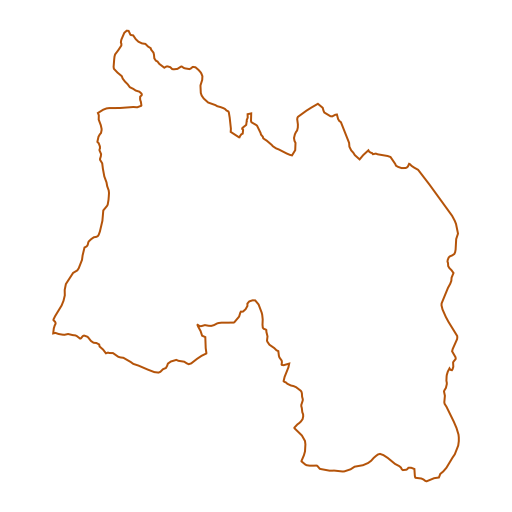 outline of Lang Chanh, Thanh Hóa, Vietnam
{"feature_id": "81297802B3900213451305", "entity_name": "Lang Chanh", "entity_type": "district", "adm_level": 2, "iso_a3": "VNM", "parent_name": "Vietnam", "parent_adm1": "Thanh Hóa", "projection": "natural_earth1", "projection_center": [105.128, 20.149], "detail": "fine", "context": "isolated", "style": "outline", "palette": "amber", "viewbox_px": 512, "rotation_deg": 0, "n_neighbors": 0, "source": "geoboundaries", "source_scale": "gbopen_adm2", "svg_char_len": 5988}
<svg xmlns="http://www.w3.org/2000/svg" viewBox="0 0 512 512"><path d="M195.5,67.3L193.1,66.9L192.6,67.0L190.8,68.5L189.5,69.1L185.2,68.4L183.9,68.0L181.7,66.5L181.0,66.6L177.4,68.9L173.8,69.3L172.2,69.1L170.3,67.2L167.6,66.4L166.4,66.5L164.3,67.7L159.3,63.9L157.5,61.5L155.9,60.7L155.0,59.4L154.3,58.3L154.0,54.9L153.5,52.7L151.1,49.6L150.7,48.2L148.1,46.6L145.4,43.9L142.0,43.4L138.4,41.7L135.7,39.1L133.2,35.4L130.9,35.0L130.4,34.7L128.6,30.9L126.7,30.7L124.3,32.8L121.5,39.3L121.1,40.7L120.9,42.6L121.4,43.9L121.3,45.6L118.2,50.3L115.1,54.4L114.5,56.6L114.2,59.2L113.6,66.8L113.8,68.3L114.0,68.9L117.5,72.6L121.8,76.2L122.7,78.6L124.9,81.5L127.7,84.3L129.8,87.2L133.3,88.9L135.6,90.5L139.4,91.7L141.2,93.3L141.7,94.0L141.8,94.7L141.6,95.3L140.2,96.6L140.1,98.2L140.2,99.9L140.9,101.9L141.4,105.4L141.2,105.8L137.2,107.3L133.3,107.0L120.0,108.0L109.0,108.1L106.6,108.4L103.2,109.7L97.9,113.0L98.8,115.2L98.7,119.6L100.8,125.2L101.6,128.9L101.6,130.1L101.0,133.0L99.8,134.4L98.5,136.7L97.4,141.7L97.5,142.1L98.7,143.2L99.9,146.4L100.0,148.3L99.5,149.5L99.5,150.4L101.1,154.1L100.8,156.4L100.0,159.0L100.1,159.9L102.2,163.3L102.9,168.8L104.3,176.4L106.5,182.4L107.2,186.2L108.7,190.4L109.0,193.0L108.8,196.3L108.5,199.9L107.7,204.6L107.1,205.8L103.3,210.4L102.4,220.8L99.9,231.5L98.7,234.8L97.8,236.1L96.5,236.8L93.8,237.3L91.1,239.2L88.8,241.4L88.3,242.3L87.9,244.2L87.4,245.5L86.5,246.5L84.5,247.5L82.6,255.4L82.0,259.9L78.7,268.3L77.3,270.4L73.1,272.9L65.9,284.0L64.7,289.9L64.8,295.4L63.5,300.8L61.6,305.5L55.2,316.0L53.5,319.4L53.5,320.2L55.1,321.8L55.6,323.1L55.5,323.9L54.7,325.5L53.8,328.4L53.2,333.4L55.4,332.9L58.6,334.0L62.8,334.7L64.5,334.8L68.1,334.0L72.7,335.1L75.3,335.4L76.7,336.0L80.1,338.6L81.0,338.3L82.7,336.2L83.6,335.7L84.2,335.6L86.5,336.4L87.5,336.8L88.3,337.6L90.9,340.9L93.0,342.4L93.9,342.8L96.4,343.0L99.2,344.5L99.6,346.5L103.1,349.6L105.9,353.3L108.0,352.6L109.2,353.0L113.0,353.1L118.3,356.8L120.3,357.4L123.4,357.8L130.7,362.0L133.3,363.9L138.5,365.6L147.8,369.6L154.3,372.1L158.5,372.6L160.4,371.8L163.0,369.2L165.9,368.0L167.1,365.9L167.9,363.6L170.9,361.5L176.3,359.9L178.4,360.8L184.2,361.7L186.7,363.3L188.7,364.2L191.2,363.4L197.1,358.8L201.6,355.8L206.3,353.5L206.4,353.1L205.7,348.1L205.3,337.1L202.1,335.7L200.6,331.1L198.2,326.7L197.5,325.0L197.7,324.8L199.7,326.2L201.4,326.1L204.9,325.1L208.8,325.8L211.3,325.9L214.0,325.1L217.2,323.4L218.7,323.0L221.3,322.7L233.5,322.6L234.3,322.3L239.1,316.6L240.3,312.7L240.9,311.6L242.2,311.7L243.1,311.5L245.6,309.2L247.4,306.0L247.4,303.6L248.8,301.9L249.3,301.4L252.6,300.3L255.2,300.4L258.6,304.5L261.7,312.7L262.2,314.8L262.7,319.4L262.5,324.8L262.8,327.7L263.7,328.8L265.7,329.5L266.3,330.0L266.4,331.9L267.5,336.4L267.0,340.6L267.3,341.6L269.4,344.7L274.3,348.1L276.5,350.3L278.3,351.1L278.9,355.8L279.4,357.4L281.6,360.5L281.8,361.2L281.9,362.2L281.6,364.6L281.8,364.9L283.6,365.2L289.2,363.6L288.4,367.4L284.6,376.9L283.6,381.1L284.4,381.9L285.7,382.3L287.4,383.8L290.9,385.5L293.6,386.1L296.1,387.2L300.8,390.8L301.5,391.9L301.9,393.4L302.1,396.7L302.8,399.3L302.7,400.6L301.3,404.9L301.3,406.2L301.8,408.0L302.3,412.2L303.1,414.3L303.2,416.3L302.6,419.1L300.9,421.5L299.2,423.1L297.4,424.4L294.4,427.6L294.5,428.3L301.9,435.5L305.0,441.0L305.4,444.4L305.0,451.4L303.9,455.3L301.5,460.9L301.5,461.4L305.4,464.6L306.6,465.2L309.8,465.7L316.8,465.6L317.6,466.2L319.8,468.8L321.1,469.1L329.7,470.7L334.4,470.6L342.6,471.5L344.3,471.4L350.6,469.3L354.6,466.7L363.0,465.2L368.1,463.0L371.1,460.8L373.7,457.9L375.9,456.0L377.9,454.5L380.0,453.9L383.4,455.1L387.7,457.9L395.0,463.9L399.2,466.1L400.9,467.5L401.8,469.3L402.9,470.1L406.4,469.7L407.2,469.2L408.4,467.8L409.3,467.7L411.3,467.8L414.4,469.0L414.8,475.3L415.0,476.7L415.3,477.6L415.6,477.8L421.3,478.5L423.5,479.5L425.3,480.9L426.6,481.3L434.1,478.2L438.9,477.5L440.3,473.9L443.2,471.5L446.4,467.8L452.6,457.5L454.8,454.3L458.2,445.6L458.8,441.2L458.8,437.5L458.5,434.6L456.5,428.0L453.8,421.7L446.5,406.8L444.6,403.8L444.3,402.2L444.9,395.8L444.0,391.5L444.3,390.5L445.9,387.9L446.8,384.1L446.8,382.8L446.4,380.7L446.6,376.4L446.8,374.9L447.8,371.6L449.5,368.4L450.2,369.6L451.0,370.0L451.9,370.2L452.5,369.3L453.3,366.8L453.1,362.5L453.5,361.6L455.6,359.1L455.7,358.6L455.5,357.2L452.1,351.3L452.7,349.0L457.1,339.1L457.3,337.4L457.2,336.0L448.5,321.9L445.8,316.9L442.5,309.4L441.5,305.3L441.6,303.4L448.0,287.8L450.2,283.8L451.3,280.9L451.6,277.6L453.5,273.0L451.5,270.2L449.4,268.1L448.2,266.1L448.0,263.0L447.5,261.7L447.7,260.0L448.7,257.5L449.8,256.4L452.2,255.4L454.3,254.0L455.1,252.3L455.6,249.7L456.2,239.0L458.0,233.6L456.0,223.9L454.8,220.9L452.1,215.8L429.4,184.5L418.1,169.8L414.3,167.7L411.6,165.9L409.8,164.1L409.1,163.8L407.9,166.5L406.8,167.5L405.7,168.0L401.6,168.1L398.1,166.9L396.0,165.7L395.2,163.9L390.5,157.0L387.6,156.0L377.7,154.3L375.8,153.6L372.9,154.2L372.1,153.1L370.6,152.6L369.1,151.6L368.4,150.3L363.2,155.1L359.6,159.4L354.8,155.1L353.3,152.7L351.2,150.4L349.4,146.7L349.1,142.9L341.0,122.4L340.6,121.9L339.3,121.0L338.1,119.0L336.9,114.5L335.2,114.8L332.2,116.4L330.4,116.2L324.3,112.5L323.5,110.7L322.7,107.8L317.9,103.8L311.3,107.6L306.4,110.7L298.0,116.8L297.5,117.6L297.2,119.2L297.9,124.5L297.8,127.6L297.1,130.5L296.0,132.0L294.9,134.3L294.0,138.0L294.5,140.9L295.5,142.9L295.2,150.2L292.0,155.4L290.0,154.9L286.7,153.5L278.7,149.4L276.1,148.4L272.8,146.2L271.7,144.9L266.9,140.8L263.3,138.4L262.8,136.7L261.0,134.6L260.6,133.0L257.1,125.8L256.5,125.2L251.5,122.3L251.0,121.0L251.2,113.4L247.6,114.2L247.7,117.7L246.7,120.1L246.8,121.5L246.6,121.7L246.2,124.9L242.7,127.7L242.2,128.3L242.3,129.1L242.9,129.4L243.1,129.9L242.7,133.6L241.3,134.3L239.8,136.4L239.5,137.3L239.0,137.3L230.7,131.9L230.9,128.8L229.7,117.7L228.8,112.3L228.3,111.4L226.5,110.5L225.0,109.0L223.5,108.2L220.6,107.1L217.2,106.2L215.4,105.1L208.1,102.5L203.7,98.5L201.7,95.6L200.8,93.0L200.5,86.5L200.5,85.3L202.2,79.9L202.4,76.2L201.3,73.4L200.6,72.3L198.6,70.0L195.5,67.3Z" fill="none" stroke="#b45309" stroke-width="2"/></svg>